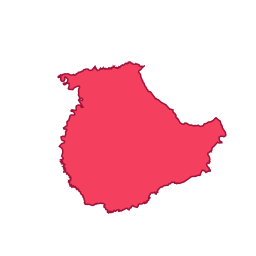 Blora, Jawa Tengah, Indonesia, rotated 146°
{"feature_id": "22746128B85780086903212", "entity_name": "Blora", "entity_type": "district", "adm_level": 2, "iso_a3": "IDN", "parent_name": "Indonesia", "parent_adm1": "Jawa Tengah", "projection": "albers", "projection_center": [111.399, -7.111], "detail": "fine", "context": "isolated", "style": "filled", "palette": "rose", "viewbox_px": 256, "rotation_deg": 146, "n_neighbors": 0, "source": "geoboundaries", "source_scale": "gbopen_adm2", "svg_char_len": 5837}
<svg xmlns="http://www.w3.org/2000/svg" viewBox="0 0 256 256"><g transform="rotate(146 128 128)"><path d="M96.4,49.7L95.0,48.6L94.1,48.7L93.0,50.0L90.1,51.4L89.3,51.1L89.2,50.4L88.6,50.1L88.3,47.6L85.4,47.3L84.0,46.3L83.4,46.9L83.8,47.6L83.4,48.0L83.7,49.0L83.2,49.4L83.7,51.7L83.1,54.1L81.5,54.6L81.0,53.8L80.1,53.5L79.8,54.1L78.9,54.3L79.1,55.2L77.9,55.9L77.4,56.8L76.6,59.6L76.8,61.1L75.9,62.4L73.4,62.5L72.4,61.9L72.4,62.6L71.3,62.5L69.2,64.6L67.0,64.8L61.8,66.1L61.0,64.8L58.5,63.3L58.1,64.0L59.0,65.4L59.1,66.3L58.6,68.0L57.4,69.4L55.7,69.3L54.1,68.2L53.4,67.1L51.9,67.0L50.7,67.5L49.7,70.2L49.7,75.4L48.9,76.8L49.1,77.7L48.6,78.2L48.7,79.5L47.7,82.1L48.7,84.6L49.2,87.1L49.9,87.4L52.8,86.6L56.0,86.9L58.0,88.0L60.2,87.9L62.5,88.8L64.4,87.9L66.6,88.6L67.6,89.4L68.3,91.1L70.2,91.7L71.1,92.7L72.4,93.0L73.9,95.2L75.4,95.9L76.9,99.4L78.5,100.4L79.4,99.9L80.4,100.3L81.9,103.2L81.6,107.1L81.8,107.7L81.5,108.1L82.2,109.4L81.8,111.0L81.2,111.5L81.1,113.6L81.7,115.6L81.2,117.4L80.6,117.7L82.0,119.7L82.9,120.2L83.6,125.9L86.2,130.9L87.1,134.5L87.7,135.1L88.1,136.5L88.8,136.7L89.1,145.1L89.6,146.2L90.5,146.5L90.8,147.0L90.3,148.8L90.7,150.0L90.3,151.6L90.5,153.4L89.7,156.3L90.0,158.0L89.4,158.7L89.5,159.9L88.5,164.0L87.7,165.2L88.0,168.4L87.0,169.3L84.8,169.3L82.4,170.1L80.2,170.2L80.1,170.3L81.9,170.7L81.8,171.2L83.1,172.0L83.8,173.3L83.5,173.8L83.7,174.8L84.8,175.7L85.4,176.9L85.8,176.6L87.3,177.4L88.7,179.1L88.5,179.5L89.2,180.0L89.1,181.1L90.0,182.1L91.2,182.3L91.3,181.6L92.2,181.7L93.0,181.8L93.3,182.8L94.3,182.9L96.1,182.6L97.0,182.8L97.3,183.4L99.6,183.4L100.7,182.9L101.2,183.7L101.6,183.1L102.9,183.2L103.4,183.5L103.1,183.8L103.6,183.9L103.7,184.6L104.3,184.6L104.9,185.2L105.2,186.1L105.6,186.3L105.2,186.6L105.8,186.6L105.8,187.1L106.2,186.6L107.3,187.2L108.1,186.5L108.4,186.7L108.1,187.1L108.4,187.4L108.7,187.1L108.7,187.6L109.1,186.7L109.8,187.3L109.8,188.1L110.2,188.5L110.4,188.2L111.6,188.4L111.5,188.0L111.8,188.1L113.0,189.4L114.0,189.5L113.8,190.3L114.3,190.3L114.9,191.4L115.3,191.3L115.1,191.7L116.3,191.2L116.8,192.0L117.3,192.0L117.3,193.0L119.4,192.2L120.8,192.5L120.8,193.1L121.5,193.7L121.4,195.0L121.0,195.3L121.9,196.0L121.2,196.5L120.9,197.5L125.7,196.1L127.8,197.4L128.2,199.2L129.8,200.3L132.4,201.0L133.5,200.4L135.2,201.0L136.2,200.9L137.9,201.9L138.9,201.4L140.5,201.9L141.5,201.3L142.8,201.7L143.1,202.8L143.9,202.8L145.9,203.9L147.4,206.5L148.8,207.1L149.9,208.1L152.3,208.9L153.2,208.6L153.9,209.7L157.0,209.7L157.5,209.2L157.3,208.7L155.1,207.9L156.9,205.6L156.9,204.2L156.2,203.1L154.8,202.7L153.1,203.7L152.1,205.4L151.6,205.5L151.2,205.2L150.6,202.6L151.0,201.3L153.0,199.9L154.2,200.0L156.0,201.0L156.9,200.8L156.9,199.9L156.2,199.2L153.4,199.1L151.9,198.2L153.1,195.8L155.4,194.2L155.3,193.1L152.3,190.7L150.4,191.4L148.2,191.2L145.8,190.5L145.0,189.8L145.3,188.8L147.0,188.0L148.6,186.0L149.3,184.4L150.7,183.1L150.7,181.5L151.4,180.0L149.8,178.5L149.4,177.3L149.9,176.7L150.8,176.5L151.5,177.2L152.3,179.1L153.4,178.8L153.6,170.5L155.1,171.1L154.8,173.6L156.2,174.8L157.9,175.2L159.0,174.9L160.5,172.4L161.4,171.7L164.4,174.5L165.3,174.4L165.7,173.7L164.4,172.4L164.0,171.4L164.1,170.0L164.7,169.0L165.5,169.0L167.9,170.6L169.0,170.7L172.5,167.7L175.3,167.2L177.0,164.1L181.4,164.1L181.7,163.1L179.7,161.3L179.7,160.5L181.7,159.9L183.5,157.3L185.3,156.2L186.5,157.6L188.6,158.0L189.6,155.4L189.4,154.4L188.0,152.8L188.7,151.7L189.3,151.4L191.7,152.1L195.2,151.2L194.1,148.1L194.5,146.2L195.9,144.0L198.7,141.8L198.7,138.8L199.5,138.6L201.3,139.2L200.9,138.2L201.6,137.8L202.4,138.1L201.9,137.0L202.7,137.4L202.8,136.7L202.1,136.6L202.5,135.7L201.5,136.2L202.0,134.7L201.3,134.4L201.0,133.3L201.5,133.6L201.4,133.0L202.7,132.7L202.6,131.4L203.3,131.8L203.0,131.1L203.6,130.7L203.3,130.5L203.8,129.9L203.3,129.9L203.5,129.3L202.9,129.3L203.2,128.1L205.3,128.0L205.8,127.4L204.6,126.9L204.1,126.2L204.1,125.3L203.6,125.2L203.3,124.4L204.3,124.0L203.7,123.6L203.4,122.3L203.7,121.9L203.2,121.5L203.4,121.1L203.1,120.9L203.5,120.1L203.0,119.9L203.0,119.3L204.1,119.3L203.5,118.2L205.0,116.6L205.7,116.7L205.8,117.2L206.5,116.7L206.7,117.2L207.0,116.4L207.8,117.2L207.0,115.8L207.3,115.6L207.1,115.2L207.8,114.5L207.7,114.0L208.1,113.5L207.7,113.1L208.3,112.2L207.2,111.9L206.8,112.1L207.0,111.5L206.8,111.2L207.6,111.0L207.6,110.5L207.1,110.8L206.9,110.2L205.8,110.4L206.0,109.5L204.7,109.3L204.4,108.4L205.1,108.3L204.4,107.2L204.8,106.3L204.2,106.5L204.1,105.5L203.5,105.4L203.2,104.7L204.1,103.8L203.2,101.5L203.6,101.0L203.8,99.1L203.1,97.2L203.9,96.1L203.7,94.6L204.4,93.3L204.6,91.8L205.9,90.5L205.8,89.7L206.1,89.5L206.3,90.0L206.0,88.6L202.4,86.1L202.0,85.1L200.7,83.7L199.4,83.2L197.4,83.3L197.2,82.8L196.1,82.6L196.3,83.0L196.0,83.0L195.1,82.0L193.0,81.1L190.6,79.1L190.0,77.4L190.6,76.9L191.3,77.0L192.1,75.9L191.5,74.6L191.9,72.6L191.0,71.8L190.9,71.1L191.0,70.4L191.8,70.3L192.1,69.7L191.6,68.5L191.0,68.5L189.4,67.5L189.6,68.9L188.6,68.2L188.0,67.0L187.2,66.7L186.9,67.2L185.5,67.4L185.5,66.6L184.8,65.9L183.4,66.2L182.0,65.8L181.3,65.3L182.3,64.2L181.7,63.9L180.9,64.1L180.3,63.1L174.1,62.3L173.6,61.8L173.5,60.6L172.9,59.6L171.4,60.5L170.0,60.1L169.1,60.9L167.7,61.1L167.3,60.9L166.9,59.5L164.8,57.1L162.9,57.8L162.3,58.7L161.3,58.8L159.2,57.4L158.0,57.1L156.3,57.5L156.0,57.3L156.3,56.4L155.6,56.5L155.9,56.1L154.4,55.6L152.2,56.6L152.4,56.8L151.1,56.7L150.5,57.6L150.0,57.6L150.4,58.1L149.8,58.8L149.1,58.0L148.8,58.2L149.2,58.7L148.5,59.9L145.6,61.1L144.3,61.0L143.9,60.3L141.9,59.8L142.1,58.1L141.7,57.5L140.3,58.6L139.9,58.2L139.4,58.2L139.4,59.0L138.5,59.1L137.7,60.2L137.2,60.0L134.6,60.7L133.2,60.5L133.0,60.1L132.0,59.9L130.9,60.3L126.7,58.2L125.5,58.7L124.4,58.2L121.8,58.6L121.2,57.7L119.7,57.0L120.1,56.0L118.9,55.3L118.8,54.6L117.5,54.3L116.3,53.3L111.2,52.0L102.4,52.2L98.7,50.0L96.4,49.7Z" fill="#f43f5e" stroke="#9f1239" stroke-width="1.5"/></g></svg>